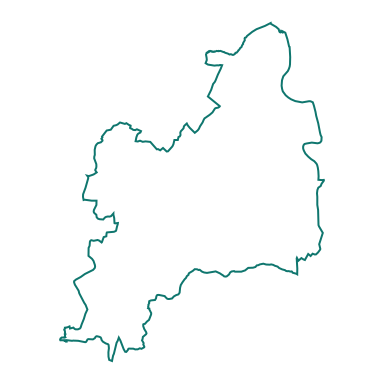 Arroyohondo, Bolívar, Colombia (Natural Earth projection)
{"feature_id": "7082276B96996063551718", "entity_name": "Arroyohondo", "entity_type": "district", "adm_level": 2, "iso_a3": "COL", "parent_name": "Colombia", "parent_adm1": "Bolívar", "projection": "natural_earth1", "projection_center": [-75.04, 10.243], "detail": "fine", "context": "isolated", "style": "outline", "palette": "teal", "viewbox_px": 384, "rotation_deg": 0, "n_neighbors": 0, "source": "geoboundaries", "source_scale": "gbopen_adm2", "svg_char_len": 5915}
<svg xmlns="http://www.w3.org/2000/svg" viewBox="0 0 384 384"><path d="M126.3,351.9L127.8,350.1L128.4,348.8L128.9,348.6L133.4,348.7L135.2,349.4L137.8,349.3L139.8,348.3L141.5,348.8L144.2,347.3L144.3,346.6L143.3,344.5L143.6,343.7L143.5,342.8L142.0,340.3L142.5,339.3L142.9,336.9L146.1,334.2L146.5,333.4L146.1,332.0L144.3,329.1L143.3,326.4L143.2,324.7L143.4,324.2L145.0,323.8L147.0,321.5L149.0,319.9L151.1,314.5L151.2,313.1L149.2,309.1L149.3,308.6L148.1,308.2L148.4,307.6L148.1,306.9L148.5,305.7L148.3,305.0L149.3,302.9L149.0,302.3L149.3,301.1L151.1,300.4L155.0,300.0L156.0,298.4L156.4,296.2L157.3,295.0L158.8,294.9L164.7,296.1L165.3,296.9L167.0,298.6L168.1,299.0L169.2,299.0L172.0,298.5L173.9,296.4L176.2,295.1L178.4,294.4L179.6,292.7L180.1,287.7L180.8,285.0L182.4,282.4L184.6,279.3L186.0,277.9L186.8,276.2L188.5,274.8L188.6,273.9L189.1,273.1L192.8,270.9L194.7,269.2L197.1,269.3L198.5,270.0L199.7,269.8L202.1,271.7L204.2,272.5L207.0,272.9L215.7,271.4L220.0,273.4L222.0,274.8L222.4,274.9L224.2,276.4L225.8,276.6L226.8,276.3L229.0,274.5L230.1,272.5L231.5,271.5L234.1,271.1L235.0,271.7L241.2,271.7L245.1,270.4L248.2,267.9L253.0,267.7L255.4,267.0L256.8,265.4L258.3,265.2L259.9,264.4L263.3,263.7L266.1,264.5L269.9,264.7L271.1,264.4L273.3,264.9L274.7,265.7L277.6,266.6L279.1,268.0L282.2,269.4L284.9,270.1L285.8,270.8L287.1,271.2L288.7,271.1L290.4,271.6L291.6,271.4L292.0,271.6L292.6,272.7L296.2,273.7L297.2,274.3L297.3,268.5L296.7,258.3L296.9,257.8L298.4,260.7L301.4,258.1L303.4,259.4L304.9,260.0L308.2,254.0L310.6,256.0L312.6,253.7L314.8,254.5L316.0,254.4L318.0,252.5L320.2,249.5L320.3,248.8L319.2,244.2L322.8,232.9L319.0,226.4L318.5,225.1L318.1,210.0L317.3,204.9L317.3,196.8L317.0,193.3L317.4,190.0L318.3,187.7L320.7,186.0L321.6,183.7L323.7,180.9L323.9,180.2L323.8,179.9L322.1,180.1L318.4,179.8L318.6,176.3L318.3,171.0L317.8,167.6L317.2,165.2L316.5,163.7L314.3,161.2L311.2,159.2L308.2,156.6L305.4,153.6L303.8,150.5L303.2,148.7L303.1,146.9L303.5,145.3L304.5,144.0L306.5,143.5L311.8,142.6L317.5,143.3L319.0,143.0L320.3,142.4L321.4,140.8L321.6,137.1L320.6,135.0L320.0,132.6L318.2,123.2L316.2,115.8L315.5,111.9L313.9,105.6L312.8,102.3L310.6,101.3L309.1,101.2L302.2,102.4L295.3,101.1L291.1,99.3L288.3,97.5L285.7,95.3L282.8,91.4L282.1,88.9L281.6,85.7L282.0,80.3L283.3,76.3L287.9,71.0L289.0,68.6L289.7,66.5L290.0,64.3L290.2,57.1L289.6,46.9L289.1,46.6L287.4,39.2L285.3,32.7L282.6,31.3L282.5,31.7L284.1,32.4L283.1,32.2L282.5,32.5L282.3,32.3L282.5,32.0L282.3,31.9L281.3,32.1L281.2,31.7L281.5,31.5L281.0,30.9L279.7,33.1L280.0,32.3L279.3,31.4L278.7,29.2L276.1,26.9L270.8,23.8L270.7,23.0L265.0,25.9L256.5,29.2L252.3,31.8L247.1,35.9L246.1,37.4L244.9,37.8L244.6,38.5L244.8,40.2L243.3,42.7L243.0,43.5L243.1,44.0L242.1,45.3L241.4,47.2L240.3,47.9L239.2,49.7L238.3,50.4L238.1,51.0L236.6,52.7L235.5,52.8L235.2,53.6L233.6,54.8L232.6,54.9L230.9,54.2L229.5,54.5L227.9,53.6L225.2,52.8L224.0,52.0L223.6,52.1L220.5,50.9L219.1,51.1L218.7,50.9L218.2,51.2L216.7,50.9L215.1,51.6L214.2,51.4L213.9,51.9L212.1,51.8L211.5,51.5L212.6,51.4L210.1,50.9L209.8,51.1L210.4,51.3L209.1,51.3L209.6,51.0L208.8,51.2L208.1,51.8L208.6,51.8L208.2,52.1L208.5,52.2L206.6,53.3L207.1,52.6L206.7,52.8L206.0,54.6L206.6,57.8L206.8,60.0L205.6,63.2L208.0,64.6L214.3,65.6L217.2,65.3L218.8,65.4L220.0,65.0L222.1,65.2L220.7,68.8L217.8,74.8L215.7,80.1L214.9,81.8L213.1,84.0L211.2,89.8L207.9,96.5L219.8,106.2L219.4,106.8L218.2,107.6L215.7,108.1L214.9,108.6L212.5,112.4L209.7,114.8L204.5,118.4L203.6,120.0L202.6,122.4L200.1,126.2L198.9,128.8L197.7,130.4L194.8,132.8L189.8,127.9L187.7,125.3L186.8,123.5L184.4,125.7L183.9,126.5L183.5,128.4L180.8,131.3L180.3,132.7L180.5,135.0L179.8,136.4L178.5,137.0L177.8,140.0L174.4,140.0L173.4,144.3L172.4,146.4L168.0,151.3L166.7,151.5L163.0,148.0L160.2,150.3L158.0,149.1L156.8,149.3L150.3,141.9L145.6,141.4L142.7,141.8L140.0,140.7L137.8,141.5L135.6,141.2L136.4,137.2L137.4,134.6L138.2,133.7L140.4,132.5L141.0,131.1L136.9,129.3L135.2,130.1L133.3,129.9L131.6,128.7L130.2,128.2L130.1,127.4L130.7,125.9L130.6,125.6L128.9,124.9L126.4,123.2L124.9,123.9L120.0,122.5L117.6,124.5L116.1,125.2L113.6,125.8L110.8,129.7L106.7,130.5L102.0,136.6L102.4,137.4L101.4,138.8L102.3,139.7L102.5,140.7L100.9,142.3L97.8,143.2L96.4,144.6L95.5,146.2L94.7,149.8L94.8,154.9L94.3,156.6L94.2,158.4L96.3,164.1L96.4,166.3L96.2,167.9L95.3,169.7L95.3,170.4L96.7,172.4L93.7,174.4L92.1,175.0L88.8,176.1L87.2,175.7L88.2,177.1L88.2,178.3L85.5,187.8L83.1,194.3L83.0,196.9L83.6,200.0L84.5,199.7L91.9,200.7L96.5,200.7L96.4,205.0L93.9,210.0L93.7,211.6L93.9,212.4L94.5,213.2L96.3,214.7L96.7,217.3L98.0,218.7L99.5,219.2L103.2,219.5L105.0,217.5L106.0,216.9L107.8,216.5L109.5,216.6L111.0,216.2L113.4,213.5L113.4,214.7L114.2,218.0L114.5,223.1L115.1,223.4L117.9,223.0L117.7,224.3L117.0,226.6L116.2,230.2L115.8,231.0L113.9,231.8L107.0,232.4L106.6,233.1L106.3,236.3L103.7,237.1L101.9,242.2L101.6,242.5L99.2,240.6L97.6,240.0L93.7,240.8L91.2,240.2L90.3,240.9L89.9,241.8L89.6,245.8L88.6,247.9L88.5,255.9L92.0,258.8L93.5,260.9L94.9,265.0L95.1,266.7L94.7,268.1L93.1,269.9L84.9,274.0L80.7,277.0L75.9,279.6L74.1,281.2L74.1,282.4L74.9,284.7L78.6,290.7L79.3,293.4L84.2,302.8L85.6,304.9L87.4,309.5L85.4,313.8L83.9,318.8L81.6,324.5L80.6,327.6L79.9,328.5L78.0,329.3L75.6,329.3L74.6,328.9L73.4,327.6L70.0,328.5L69.5,326.4L67.5,327.3L65.0,327.7L65.2,328.5L64.3,329.3L64.2,329.8L64.9,331.0L65.0,332.8L65.4,334.0L64.8,334.2L65.1,335.9L64.7,336.6L65.3,337.3L64.7,337.6L61.8,337.5L60.5,338.5L60.1,339.8L60.4,340.3L64.9,340.2L64.8,341.0L66.1,341.0L66.1,341.6L66.7,341.6L66.9,340.2L72.0,340.8L73.3,340.6L78.2,340.8L85.2,342.2L86.2,341.8L87.5,339.5L88.3,339.1L92.9,339.4L94.8,338.2L95.7,336.7L96.8,336.2L99.3,336.8L100.6,337.4L101.2,338.4L101.5,339.8L102.8,341.6L105.7,343.4L108.0,344.2L108.6,345.0L108.9,348.2L108.4,352.3L108.5,356.7L109.2,359.9L112.0,361.0L113.1,355.6L113.9,353.8L116.6,342.7L117.7,340.8L118.8,337.6L120.4,340.6L123.7,349.2L125.2,351.8L126.3,351.9Z" fill="none" stroke="#0f766e" stroke-width="2"/></svg>